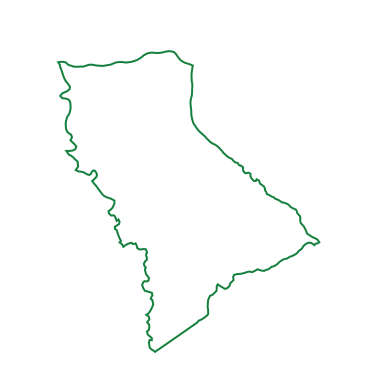 outline of Itaí, São Paulo, Brazil, rotated 350°
{"feature_id": "56859067B26422761030240", "entity_name": "Itaí", "entity_type": "district", "adm_level": 2, "iso_a3": "BRA", "parent_name": "Brazil", "parent_adm1": "São Paulo", "projection": "albers", "projection_center": [-49.058, -23.483], "detail": "fine", "context": "isolated", "style": "outline", "palette": "green", "viewbox_px": 384, "rotation_deg": 350, "n_neighbors": 0, "source": "geoboundaries", "source_scale": "gbopen_adm2", "svg_char_len": 4311}
<svg xmlns="http://www.w3.org/2000/svg" viewBox="0 0 384 384"><g transform="rotate(350 192 192)"><path d="M116.8,49.6L113.8,48.9L111.6,48.9L108.8,49.4L106.5,49.6L104.0,49.1L102.0,48.9L100.2,48.6L97.5,48.1L95.5,46.9L93.2,45.9L91.8,44.7L90.3,42.6L88.4,41.6L85.1,41.0L82.8,41.0L84.0,43.8L84.0,46.6L84.5,48.7L85.0,52.1L85.4,55.1L86.1,58.4L87.0,61.0L88.4,63.4L90.1,67.2L89.4,69.3L87.9,70.4L86.3,71.1L81.4,72.3L78.9,74.5L80.4,77.0L83.9,78.1L86.3,79.4L87.5,81.5L87.6,84.1L87.0,88.4L85.9,91.4L84.6,93.8L82.1,96.4L79.8,101.3L79.2,104.5L79.0,107.8L79.4,110.9L81.3,113.1L82.9,114.6L83.3,117.3L81.3,120.1L84.3,124.1L86.0,127.1L84.4,129.7L81.4,130.5L77.7,130.2L75.4,129.7L77.2,133.8L79.6,135.6L81.4,137.7L82.4,139.5L84.7,142.2L84.4,145.0L84.3,147.1L82.8,148.7L81.3,150.3L83.8,152.0L87.4,153.1L89.5,154.4L91.6,156.3L93.9,157.4L95.6,156.6L97.1,154.5L98.8,153.6L100.3,154.6L101.5,157.8L100.7,160.3L98.0,162.4L95.6,163.8L97.2,167.0L98.8,169.5L100.0,172.2L102.6,177.4L103.8,179.5L105.1,180.9L107.1,182.4L111.0,184.5L114.1,187.0L113.6,189.9L110.8,193.9L108.8,195.3L106.5,196.4L106.5,198.8L108.4,201.2L110.8,201.3L111.9,202.6L112.8,207.3L114.8,206.3L115.5,208.7L114.6,210.9L110.0,212.8L109.8,215.0L111.2,216.4L111.5,218.8L111.9,221.2L112.3,223.7L112.9,225.7L113.6,227.9L111.9,229.1L113.9,231.1L114.9,234.1L117.0,232.9L120.1,231.9L123.3,231.4L124.9,233.1L127.5,232.8L128.2,235.0L128.4,237.8L130.3,239.4L132.5,239.8L134.2,239.7L136.6,240.4L137.3,243.9L136.0,245.2L135.7,247.0L136.2,248.8L135.7,251.0L133.9,252.1L132.2,254.1L132.2,256.2L133.4,258.4L132.2,259.8L132.2,262.0L132.5,264.8L133.4,266.7L134.7,269.1L133.7,271.8L131.6,272.2L129.7,271.6L128.2,272.6L126.7,274.8L127.3,278.2L128.4,281.1L130.9,282.2L132.8,283.2L135.0,284.3L135.1,286.9L133.8,288.3L132.8,290.0L134.1,291.4L134.3,293.5L134.3,295.8L132.9,298.3L131.1,300.8L129.5,302.6L127.7,304.3L125.7,305.0L127.7,307.0L127.9,310.1L125.2,312.4L126.8,315.3L126.5,317.6L125.6,320.4L123.4,321.5L123.7,324.8L125.5,327.0L127.0,328.7L126.7,330.9L124.4,330.5L123.4,333.2L123.4,335.4L123.3,337.6L124.4,339.6L126.3,341.3L127.8,343.0L147.7,333.9L174.6,321.4L176.1,319.9L178.9,319.3L181.6,318.3L183.5,317.2L185.3,316.3L186.7,315.1L187.4,310.9L187.4,307.8L187.9,306.1L188.5,303.3L189.2,301.0L191.6,297.5L194.6,296.7L196.7,295.2L198.9,293.7L199.6,291.4L200.0,289.0L201.4,287.4L202.8,289.0L204.9,290.7L207.4,293.0L209.6,293.0L212.3,291.4L214.0,288.4L217.6,286.0L217.8,282.8L218.9,281.0L222.2,280.6L225.8,281.1L229.8,280.8L232.1,280.4L234.6,280.3L237.4,281.4L240.7,280.4L243.0,279.5L247.3,281.7L249.4,282.2L251.5,281.5L253.6,281.5L257.4,279.5L259.2,279.4L261.6,278.7L263.7,277.7L265.9,276.1L269.6,274.4L272.1,274.1L274.1,274.0L277.4,272.7L280.1,272.3L281.8,271.7L283.5,271.2L285.2,270.1L287.5,268.2L289.8,267.3L292.6,264.4L294.9,263.0L297.3,262.2L299.9,262.5L302.0,264.1L303.2,265.6L304.8,264.4L306.6,264.4L308.6,263.7L307.5,260.9L305.1,258.8L303.1,257.6L299.9,254.7L298.0,252.9L297.5,249.6L296.1,245.1L295.0,243.6L293.7,241.4L293.5,239.0L294.1,237.2L294.2,234.6L292.1,231.4L291.9,229.5L291.4,227.5L288.9,225.8L286.6,224.0L285.3,221.8L283.9,220.4L280.9,218.5L278.9,217.9L276.2,215.3L274.4,214.0L272.9,213.2L271.9,211.7L269.5,210.2L267.3,208.2L265.4,207.1L265.2,205.2L264.3,203.2L264.4,201.0L263.8,199.1L262.1,197.2L260.5,195.7L260.0,192.4L257.8,190.7L256.8,192.2L254.9,191.9L253.2,189.3L252.3,186.6L252.8,184.4L251.2,182.8L247.7,182.8L246.1,180.2L246.5,176.4L244.8,174.5L243.1,173.9L242.0,171.3L239.5,170.2L237.8,167.8L237.0,166.2L235.2,165.1L233.2,163.4L231.5,161.2L229.7,158.9L228.5,156.4L227.4,154.8L226.2,152.9L224.9,151.3L223.1,149.5L220.9,148.0L218.8,146.1L217.0,143.5L215.4,141.3L214.5,139.6L212.3,136.9L210.0,133.9L208.5,131.7L206.9,128.1L205.4,124.9L205.0,122.3L204.8,120.1L204.7,116.1L205.4,111.8L205.8,104.8L206.6,101.3L208.6,96.9L209.4,93.8L209.8,91.6L210.7,88.0L211.0,85.8L211.0,83.0L211.5,78.8L211.9,76.5L212.5,74.2L214.0,69.6L214.7,67.6L212.8,66.3L211.2,65.4L207.5,63.5L205.1,61.7L203.5,59.9L202.2,57.8L200.8,54.8L199.9,52.8L198.7,51.3L197.0,50.3L194.7,49.5L192.3,49.2L190.6,49.2L188.3,49.4L186.6,49.5L183.7,49.3L181.5,49.0L176.9,47.8L174.2,47.6L171.6,47.9L168.2,49.0L165.4,50.7L161.1,52.4L157.1,53.1L154.0,53.3L149.8,53.1L145.4,51.8L142.4,51.3L139.1,51.3L134.1,52.4L130.6,52.4L126.4,52.4L121.6,51.3L118.3,50.3L116.8,49.6Z" fill="none" stroke="#15803d" stroke-width="2"/></g></svg>